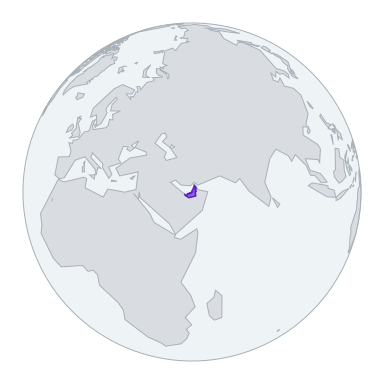 United Arab Emirates on an orthographic globe, rotated 338°
{"feature_id": "ARE", "entity_name": "United Arab Emirates", "entity_type": "country or territory", "adm_level": 0, "iso_a3": "ARE", "parent_name": "Asia", "parent_adm1": "", "projection": "orthographic", "projection_center": [54.388, 24.345], "detail": "fine", "context": "on_globe", "style": "filled", "palette": "violet", "viewbox_px": 384, "rotation_deg": 338, "n_neighbors": 0, "source": "natural_earth", "source_scale": "50m", "svg_char_len": 11913}
<svg xmlns="http://www.w3.org/2000/svg" viewBox="0 0 384 384"><g transform="rotate(338 192 192)"><circle cx="192" cy="192" r="169" fill="#eef3f6" stroke="#a8b0b8"/><path d="M243.6,31.1L245.2,31.6L243.0,31.0L235.0,28.7L233.5,28.5L238.2,29.9L239.0,30.6L232.3,28.5L233.0,29.6L219.8,27.0L203.5,23.8L194.5,23.7L173.3,24.3L173.6,24.4L165.7,25.5L163.1,26.2L159.9,26.6L160.6,27.0L164.0,26.5L165.4,26.7L164.2,27.3L159.9,27.6L159.9,27.4L158.0,27.8L156.4,27.9L156.5,28.2L151.5,28.9L154.6,29.1L149.0,30.5L146.2,30.8L148.9,29.5L149.1,28.6L160.8,25.9L172.6,24.2L184.6,23.2L196.5,23.1L208.5,23.8L220.4,25.4L232.1,27.9L243.6,31.1ZM121.7,38.4L127.9,35.8L128.7,35.6L134.1,33.8L130.6,35.6L124.2,38.4L119.5,40.2L116.6,41.7L118.8,41.5L108.0,46.8L97.1,54.3L94.6,55.8L93.6,55.2L99.1,50.9L98.8,51.1L110.0,44.3L121.7,38.4ZM96.3,52.7L95.9,53.1L91.2,56.4L96.3,52.7ZM87.8,59.0L87.5,59.3L86.2,60.3L87.5,59.4L84.8,61.6L85.1,61.2L87.8,59.0ZM245.9,31.9L247.4,32.4L248.0,32.6L245.9,31.9ZM135.7,33.1L134.9,33.4L134.3,33.5L135.7,33.1ZM138.8,32.0L138.6,31.9L140.1,31.4L140.2,31.5L138.8,32.0ZM245.2,32.1L245.8,32.6L243.9,31.6L245.2,32.1ZM138.6,32.4L142.7,30.6L145.2,29.9L147.6,29.6L138.6,32.4ZM245.2,32.6L246.7,34.3L250.1,35.4L241.3,33.8L243.0,32.6L240.0,31.1L243.3,32.2L245.2,32.6ZM165.6,26.2L161.9,26.7L166.1,25.8L165.6,26.2ZM167.9,25.7L178.8,23.8L183.7,23.8L179.0,24.2L186.2,24.1L183.2,24.9L178.6,25.2L176.1,25.0L176.9,25.5L167.9,25.7ZM236.2,32.8L235.4,33.1L234.7,32.4L236.2,32.8ZM166.3,26.7L168.1,26.2L172.4,26.0L169.6,27.0L169.1,26.7L166.3,26.7ZM189.6,23.8L192.3,24.0L190.6,24.7L191.4,25.0L183.6,24.9L189.6,23.8ZM167.5,27.1L168.1,27.6L165.0,28.3L164.9,27.2L167.5,27.1ZM174.7,25.6L176.6,25.6L174.6,25.9L174.7,25.6ZM154.1,31.5L156.2,30.6L158.6,30.4L154.1,31.5ZM168.6,27.8L169.7,27.6L170.8,27.5L170.6,28.0L168.6,27.8ZM182.9,25.5L181.7,25.9L186.1,25.6L185.0,26.3L179.9,26.2L181.7,26.6L181.3,26.8L177.6,26.6L182.9,25.5ZM173.9,28.4L167.1,29.0L162.8,30.6L160.5,30.7L167.8,28.2L173.9,28.4ZM176.4,27.3L174.3,27.9L172.5,27.6L172.8,27.0L176.4,27.3ZM186.1,26.9L189.0,25.8L190.0,25.9L186.1,26.9ZM173.0,28.8L174.6,28.7L172.9,29.0L173.0,28.8ZM182.5,27.5L183.4,27.0L184.5,27.1L182.5,27.5ZM177.2,29.0L175.0,29.1L175.1,28.6L177.2,29.0ZM179.9,28.3L181.2,28.6L176.5,28.4L180.1,28.1L179.9,28.3ZM183.4,27.7L184.3,27.6L182.8,27.9L183.4,27.7ZM177.9,31.0L172.0,30.8L172.3,29.6L178.0,29.9L177.9,31.0ZM38.6,201.6L36.6,173.7L40.6,166.2L43.4,155.3L72.9,130.0L76.7,134.7L97.2,137.8L99.4,140.1L94.4,148.0L107.7,163.5L115.0,157.7L129.6,167.0L141.0,168.7L149.6,153.2L131.0,150.0L130.3,141.5L147.3,137.3L163.9,140.8L164.2,137.6L155.8,129.4L161.8,124.5L153.2,126.2L155.0,129.7L149.7,131.0L147.6,128.0L149.8,126.2L145.4,124.0L136.1,133.7L137.0,138.3L124.1,137.7L124.4,145.5L120.1,148.2L118.1,136.1L119.9,132.2L114.3,118.3L111.1,122.2L116.3,135.8L113.7,134.2L109.5,140.3L110.6,134.4L105.9,119.3L95.7,118.7L79.0,130.9L73.8,130.0L71.3,124.7L81.2,109.5L91.5,113.2L95.2,108.6L96.4,100.1L99.4,102.2L101.2,99.4L105.4,100.7L114.6,96.0L119.4,96.8L126.2,89.1L129.6,88.7L124.6,93.2L123.7,97.2L136.0,100.1L139.3,98.9L142.7,93.8L145.6,95.6L147.4,90.4L156.0,90.1L146.9,86.3L150.7,81.0L157.5,78.0L157.1,75.8L145.9,80.8L142.9,83.5L142.9,86.8L133.3,94.6L128.4,95.0L132.3,84.8L125.8,84.6L131.7,77.4L158.4,67.2L167.9,66.4L177.1,75.8L173.1,78.6L167.8,76.4L169.8,83.1L171.0,80.3L173.4,82.0L177.6,78.0L179.6,79.1L180.3,73.7L183.1,74.6L182.6,78.0L191.3,73.5L198.1,74.7L199.1,73.2L198.2,71.3L207.4,74.4L207.7,73.2L204.9,71.7L203.7,68.5L205.2,64.3L208.3,65.6L208.2,67.3L212.5,73.1L211.7,77.8L213.1,77.9L214.6,74.2L209.2,67.1L209.3,64.2L212.4,67.2L211.3,65.9L212.3,64.9L216.1,65.2L212.9,61.9L219.6,51.1L227.7,51.3L229.7,54.8L237.6,50.2L246.2,51.8L243.5,50.3L245.5,47.8L242.8,47.2L241.7,46.3L245.6,40.8L248.9,40.9L247.6,37.8L246.2,37.2L243.7,36.8L241.3,33.8L250.1,35.4L252.7,36.7L256.5,37.2L262.0,40.3L268.2,43.6L272.1,47.4L276.7,50.0L277.7,50.0L284.6,53.9L295.8,62.9L282.7,55.6L265.1,44.4L272.0,48.7L269.2,47.9L270.9,49.7L275.8,53.0L277.2,53.2L278.9,61.4L288.3,72.8L290.6,70.4L295.3,72.5L308.0,85.9L316.3,109.1L322.8,114.2L325.4,118.6L324.7,122.7L320.9,116.4L317.2,115.5L315.1,111.5L312.7,116.8L309.7,111.5L309.3,118.7L313.1,122.2L316.3,119.1L317.3,128.3L324.8,133.8L329.3,142.9L328.9,163.0L323.0,171.7L323.4,175.0L319.2,173.0L316.4,180.8L326.5,195.2L327.2,200.2L321.4,212.5L320.8,209.0L309.6,203.6L309.6,216.0L318.1,223.1L321.1,233.4L315.4,232.0L312.2,223.0L308.2,220.8L307.8,210.3L301.8,196.1L295.9,200.9L295.0,194.6L285.8,183.7L276.7,190.2L263.1,210.1L263.5,226.2L257.8,234.1L245.3,212.8L241.3,197.5L235.7,199.7L223.7,187.4L200.0,187.8L197.5,183.7L192.9,185.7L184.5,181.5L181.1,174.7L175.7,175.0L185.0,192.9L191.0,192.7L197.2,185.9L198.6,192.2L206.8,197.7L194.5,212.9L160.8,225.1L159.1,212.9L141.6,177.4L143.0,173.8L143.0,173.3L142.9,172.6L139.7,178.4L137.2,171.4L144.8,195.9L145.4,206.0L160.3,225.7L158.5,227.5L163.8,231.6L182.6,227.9L182.3,231.9L172.5,249.7L147.9,271.5L152.1,287.2L151.9,299.5L138.7,305.8L142.0,315.0L135.4,317.1L136.5,321.9L132.4,325.9L124.9,328.7L109.8,325.0L107.1,320.7L97.0,310.2L82.1,285.2L84.1,275.7L82.1,266.8L71.3,243.7L73.5,233.3L71.1,227.5L65.8,226.6L63.2,219.6L60.2,218.1L42.8,212.5L38.6,201.6ZM60.1,145.4L58.6,148.5L60.1,145.4ZM179.9,153.1L190.9,154.4L188.7,143.9L192.8,143.7L190.5,140.4L188.5,143.2L183.5,134.3L189.2,131.7L189.3,127.3L185.6,126.7L175.9,133.0L183.0,145.5L179.3,149.5L179.9,153.1ZM89.6,57.6L87.7,59.1L89.2,57.9L89.6,57.6ZM85.7,62.3L81.4,65.7L84.4,63.1L83.3,63.5L88.4,58.9L93.6,56.3L90.3,58.2L85.7,62.3ZM96.5,52.7L92.7,55.5L96.7,52.6L96.5,52.7ZM106.7,84.4L107.1,86.8L103.9,89.4L97.8,89.6L102.4,85.6L106.7,84.4ZM108.4,89.6L113.9,80.2L117.9,80.1L114.7,81.6L116.8,82.5L112.3,85.4L110.6,95.0L107.7,98.1L98.1,96.0L102.9,94.8L102.2,92.4L108.4,89.6ZM121.1,60.4L123.6,57.4L129.0,60.9L126.1,63.3L119.9,63.3L119.7,60.5L121.1,60.4ZM142.1,32.8L142.7,32.3L143.8,32.1L144.3,32.3L142.1,32.8ZM154.9,31.1L140.7,35.2L140.7,34.7L132.4,38.3L129.1,38.5L134.6,36.1L125.9,39.2L129.4,37.1L123.5,39.5L136.0,34.0L138.9,32.6L137.0,34.0L139.9,33.8L142.1,33.3L150.3,31.0L158.0,28.3L162.1,28.1L163.0,28.7L161.8,29.2L159.5,29.1L159.6,30.0L155.3,30.3L154.9,31.1ZM171.3,41.5L169.1,40.1L168.5,44.0L164.2,43.5L164.4,44.0L160.3,44.7L155.6,46.6L154.1,46.1L152.9,47.1L150.2,47.8L148.1,49.1L144.5,48.7L141.7,50.4L141.6,49.3L137.7,52.3L139.0,50.0L135.6,50.9L136.1,52.7L122.0,49.9L115.1,51.2L108.5,53.9L111.7,50.1L119.9,45.5L129.8,41.6L136.1,41.1L136.4,39.8L139.4,39.3L137.9,40.5L142.1,38.3L144.2,38.3L153.1,36.2L157.8,33.5L161.2,32.8L160.4,33.9L164.3,32.6L165.1,34.3L167.5,33.9L170.7,35.5L167.8,38.1L170.7,37.6L173.3,39.1L171.3,41.5ZM178.7,31.5L176.1,34.2L172.6,35.4L168.5,32.2L166.2,32.3L163.4,30.8L168.7,29.2L169.0,29.7L170.5,29.9L168.3,30.3L171.2,30.1L171.7,30.9L174.1,31.1L172.6,31.9L178.7,31.5ZM103.4,137.8L105.3,138.8L108.7,139.3L106.1,143.4L103.4,137.8ZM99.9,127.5L101.8,127.5L99.8,133.1L97.8,132.3L99.9,127.5ZM104.6,123.0L102.1,127.1L102.3,124.4L104.6,123.0ZM126.6,93.1L128.9,93.1L128.5,94.3L126.5,95.9L126.6,93.1ZM168.7,54.8L168.0,53.3L169.1,53.0L170.9,49.6L174.3,49.9L174.4,52.1L168.7,54.8ZM145.5,155.5L141.2,158.0L139.9,156.3L141.6,155.7L145.5,155.5ZM122.0,150.8L126.6,154.0L121.2,151.9L122.0,150.8ZM172.6,54.6L173.0,53.1L174.4,54.2L172.6,54.6ZM176.8,50.1L178.8,51.1L174.9,49.6L176.8,50.1ZM220.1,352.1L221.9,352.7L219.1,353.1L220.1,352.1ZM180.9,299.5L172.6,319.6L164.5,319.1L161.8,313.1L164.0,300.9L173.0,297.7L177.0,291.9L180.9,299.5ZM342.5,247.0L344.5,246.1L344.3,246.9L342.5,247.0ZM340.5,246.2L343.0,244.7L339.8,248.1L340.5,246.2ZM344.0,244.1L346.5,240.9L347.7,238.9L347.3,240.5L344.0,244.1ZM338.6,247.5L327.2,253.5L322.3,253.9L323.8,250.8L331.8,247.7L338.6,247.5ZM323.4,250.9L315.4,247.0L302.1,229.7L307.0,228.6L320.4,237.0L319.6,239.6L324.4,243.3L323.4,250.9ZM341.4,228.5L340.5,235.6L334.5,238.5L331.6,238.9L329.7,231.3L330.8,226.3L333.3,225.2L341.1,205.1L344.2,207.0L342.2,215.0L344.6,219.4L341.4,228.5ZM264.4,227.5L268.9,236.1L265.6,238.3L264.4,227.5ZM342.9,192.4L340.7,201.1L342.3,190.4L342.9,192.4ZM343.0,182.9L343.9,186.2L342.0,183.8L343.0,182.9ZM324.6,179.6L322.1,181.7L321.3,179.4L324.2,175.4L324.6,179.6ZM332.7,150.7L335.2,157.7L335.5,160.3L333.2,156.7L332.7,150.7ZM201.6,58.6L195.3,62.6L192.9,66.4L195.1,69.7L189.3,67.1L192.9,61.2L201.6,58.6ZM217.0,51.8L215.1,49.4L217.7,49.6L218.5,50.2L217.0,51.8ZM214.6,50.9L209.0,49.6L209.0,47.8L213.5,49.1L214.6,50.9ZM190.6,51.3L188.5,52.4L187.4,51.4L190.6,51.3ZM328.1,292.2L315.9,305.8L313.8,306.8L317.5,302.2L322.0,292.0L323.0,291.6L326.3,283.7L337.9,270.0L347.1,251.5L349.8,248.9L354.1,236.0L355.8,233.0L353.2,242.2L353.2,242.7L348.4,255.8L342.7,268.5L335.8,280.6L328.1,292.2ZM347.3,243.8L350.6,236.4L351.8,234.7L347.3,243.8ZM358.5,220.7L358.0,222.6L358.7,218.5L359.1,214.3L357.2,216.8L356.8,214.5L357.9,210.9L356.0,211.2L358.2,206.7L358.6,211.8L359.6,205.0L360.5,203.1L360.6,202.6L358.5,220.7ZM357.3,220.8L357.6,220.3L357.1,222.7L357.3,220.8ZM353.0,221.2L352.8,223.1L352.1,222.5L353.0,221.2ZM354.0,219.1L355.9,218.6L353.7,220.8L354.0,219.1ZM346.1,219.9L347.0,223.5L349.7,218.7L347.6,224.2L349.0,229.7L348.2,232.8L346.9,226.7L345.7,235.0L344.4,235.8L344.2,229.6L345.7,220.5L346.9,216.3L351.6,211.0L346.1,219.9ZM354.2,213.9L353.6,209.6L353.9,205.9L354.6,207.8L354.2,213.9ZM351.0,199.6L348.5,195.5L346.9,199.1L349.5,188.2L351.6,193.9L351.0,199.6ZM347.8,188.4L346.4,191.8L347.4,185.7L347.8,188.4ZM345.6,190.2L344.7,186.4L346.2,185.8L345.6,190.2ZM348.7,187.9L347.8,180.9L349.2,184.3L348.7,187.9ZM342.3,178.0L346.7,182.2L342.1,182.4L338.7,169.7L340.4,168.1L342.3,178.0ZM331.4,120.4L329.2,117.3L329.8,115.3L331.2,118.0L331.4,120.4ZM329.8,107.5L329.3,113.9L328.4,119.6L330.2,120.3L332.7,126.8L328.4,122.5L326.8,114.3L327.9,111.1L325.2,106.1L324.3,101.5L320.0,96.1L318.6,93.0L322.8,97.1L329.8,107.5ZM318.0,93.9L310.2,84.2L312.7,83.5L315.0,85.5L317.5,90.1L316.1,90.1L318.0,93.9ZM309.1,81.8L307.5,81.8L292.9,70.5L290.4,68.1L302.9,75.7L302.1,76.2L305.3,79.3L309.1,81.8ZM237.2,33.6L235.5,33.1L237.1,33.3L237.2,33.6ZM240.2,46.1L238.9,44.9L240.8,44.9L240.2,46.1ZM236.4,41.9L235.2,42.7L235.2,41.3L236.4,41.9ZM232.7,44.7L234.1,42.7L234.6,45.4L232.7,44.7Z" fill="#d9dde1" stroke="#a8b0b8" stroke-width="1"/><path d="M197.1,188.1L197.3,188.4L197.3,190.0L197.1,190.2L197.0,190.4L196.9,190.5L196.7,190.6L196.6,190.8L196.3,190.6L196.2,190.5L196.3,190.4L196.3,190.2L196.2,190.1L195.8,190.3L195.8,190.7L195.8,191.0L195.7,191.3L195.7,191.6L195.8,191.7L195.8,191.9L195.8,192.0L195.7,192.3L195.8,192.3L196.1,192.4L196.2,192.6L196.3,192.7L196.3,192.8L196.1,192.9L195.7,192.9L195.1,193.0L194.9,193.2L195.0,193.3L195.1,193.5L195.0,193.8L194.9,194.1L194.8,194.4L194.6,194.8L194.4,195.4L194.2,195.9L194.2,196.2L194.2,196.4L194.2,196.8L194.0,197.1L193.9,197.1L193.7,197.0L193.1,197.0L192.7,196.9L192.2,196.9L191.7,196.8L191.1,196.7L190.5,196.6L189.9,196.5L189.3,196.5L188.8,196.4L188.3,196.3L187.8,196.3L187.5,196.2L187.3,196.2L187.0,196.1L186.9,196.0L186.8,195.8L186.6,195.6L186.5,195.4L186.3,195.2L186.2,195.0L186.0,194.8L185.9,194.6L185.7,194.4L185.6,194.2L185.4,194.0L185.3,193.8L185.2,193.6L185.0,193.4L184.9,193.2L184.7,193.0L184.6,192.8L184.5,192.7L184.4,192.6L184.4,192.2L184.5,191.9L184.6,192.1L184.9,192.2L185.0,192.2L185.0,192.7L185.1,192.9L185.3,193.0L185.9,193.1L186.2,193.0L186.9,192.7L187.3,192.5L188.3,192.6L189.2,192.7L190.4,192.8L190.7,192.8L191.4,192.5L191.8,192.3L192.0,192.2L192.3,191.7L192.5,191.4L192.6,191.2L192.7,190.9L193.0,190.6L193.9,189.9L194.4,189.4L194.5,189.2L194.8,188.9L195.0,188.6L196.1,187.7L196.3,187.3L196.5,186.9L196.7,187.3L196.7,187.5L196.7,187.8L196.7,188.0L196.8,188.1L197.0,188.2L197.1,188.1ZM197.1,189.3L197.1,189.2L196.9,189.1L196.9,189.4L197.1,189.3ZM190.8,192.5L190.5,192.6L190.4,192.6L190.2,192.6L190.1,192.4L190.5,192.3L190.8,192.5ZM189.2,192.2L189.0,192.3L188.8,192.1L189.2,192.0L189.3,191.9L189.5,191.9L189.4,192.1L189.2,192.2ZM192.2,191.7L192.2,191.8L191.9,191.7L192.0,191.5L192.2,191.7ZM187.2,192.1L187.2,191.9L187.3,191.9L187.4,192.0L187.2,192.1Z" fill="#8b5cf6" stroke="#5b21b6" stroke-width="1.5"/></g></svg>